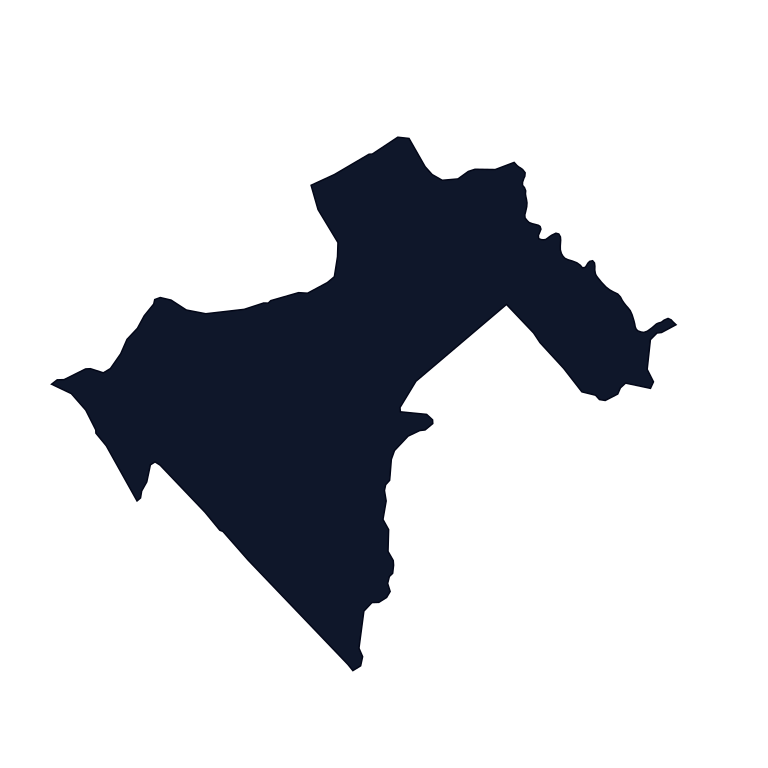 Zapotitlán, Jutiapa, Guatemala (orthographic projection), rotated 232°
{"feature_id": "79465075B8015591970970", "entity_name": "Zapotitlán", "entity_type": "district", "adm_level": 2, "iso_a3": "GTM", "parent_name": "Guatemala", "parent_adm1": "Jutiapa", "projection": "orthographic", "projection_center": [-89.829, 14.111], "detail": "fine", "context": "isolated", "style": "filled", "palette": "ink", "viewbox_px": 768, "rotation_deg": 232, "n_neighbors": 0, "source": "geoboundaries", "source_scale": "gbopen_adm2", "svg_char_len": 2595}
<svg xmlns="http://www.w3.org/2000/svg" viewBox="0 0 768 768"><g transform="rotate(232 384 384)"><path d="M250.9,650.6L255.5,649.9L257.7,649.8L260.8,648.2L261.9,644.0L261.9,640.6L263.1,637.7L263.6,635.6L263.4,632.0L263.3,629.7L263.4,626.5L263.5,624.0L264.7,620.5L266.7,618.6L269.7,616.7L272.1,616.5L274.5,617.2L276.9,618.5L280.0,619.9L285.7,622.1L290.2,623.2L293.9,623.2L296.6,623.0L300.0,623.0L303.2,623.2L306.9,623.9L311.0,623.6L315.6,621.3L319.5,619.7L323.9,618.6L330.3,618.0L336.5,617.9L338.9,618.0L341.0,618.6L344.1,620.3L347.0,622.7L349.8,624.4L352.7,624.3L354.0,621.6L353.7,619.1L352.9,617.1L352.0,614.6L353.3,611.9L356.7,611.8L360.8,610.6L365.0,608.1L368.8,605.4L371.8,603.9L374.7,603.7L377.6,604.1L381.2,605.6L384.1,607.8L388.6,611.8L391.3,613.6L394.6,614.1L397.0,612.3L398.0,607.8L398.2,605.1L398.2,603.0L398.3,600.5L399.5,598.4L401.0,596.8L403.3,595.4L406.0,597.1L407.9,600.5L409.4,603.0L412.0,604.0L414.0,603.4L416.8,601.3L419.1,599.5L421.9,597.8L424.7,597.4L428.0,597.4L430.6,599.1L432.6,601.7L435.8,605.6L438.7,608.2L441.7,609.9L444.4,611.2L446.7,612.5L449.0,614.6L452.3,615.6L455.3,615.5L457.7,617.4L460.0,620.9L461.0,622.9L463.6,625.3L467.7,625.3L470.1,624.6L472.1,623.8L474.3,623.3L478.5,623.0L484.5,603.7L497.2,587.9L499.6,581.3L500.1,568.5L508.7,555.3L519.4,550.9L529.9,550.2L562.1,554.9L570.0,546.8L572.4,516.3L574.3,513.6L579.6,473.9L585.5,448.9L562.0,439.4L523.8,434.8L512.9,425.7L499.1,410.9L498.8,401.8L502.6,379.7L508.6,372.9L519.4,346.1L519.0,342.6L521.9,339.1L528.9,319.8L549.1,286.8L564.0,273.8L581.2,267.9L589.9,260.9L591.7,255.3L588.8,251.8L585.4,237.1L579.7,224.0L577.4,209.0L569.9,195.1L564.6,177.9L565.6,169.7L576.8,162.1L579.6,158.1L584.4,134.6L588.5,129.0L588.5,121.9L568.9,131.7L547.0,132.9L525.3,128.6L522.6,126.7L506.3,127.1L443.9,117.4L444.1,122.0L448.9,127.2L452.9,136.8L464.1,150.1L463.6,155.6L458.0,157.6L393.2,164.0L369.8,164.6L367.0,166.3L328.9,168.5L185.2,182.9L177.3,183.0L176.3,192.1L182.3,199.3L191.2,201.6L217.4,228.3L219.2,239.9L215.1,245.5L214.2,254.7L216.7,261.1L224.6,264.1L229.0,269.7L229.5,274.3L235.3,280.0L239.2,282.6L249.6,284.1L266.4,298.0L277.9,299.8L290.5,313.7L299.8,318.8L303.6,323.3L304.6,329.1L308.0,332.3L320.1,343.4L325.1,351.3L328.1,370.9L325.3,383.5L322.5,388.1L322.8,398.1L325.8,400.2L333.8,398.9L352.0,379.8L355.6,382.1L366.5,410.9L371.3,529.5L332.1,533.3L320.5,532.4L285.6,535.2L256.0,535.1L244.9,543.8L239.1,544.2L234.8,548.2L232.2,562.0L235.4,567.9L236.0,574.9L218.3,589.8L216.5,591.3L219.8,597.7L233.5,600.4L254.9,621.2L256.1,630.5L253.7,634.4L250.9,650.6Z" fill="#0f172a" stroke="#020617" stroke-width="1.5"/></g></svg>